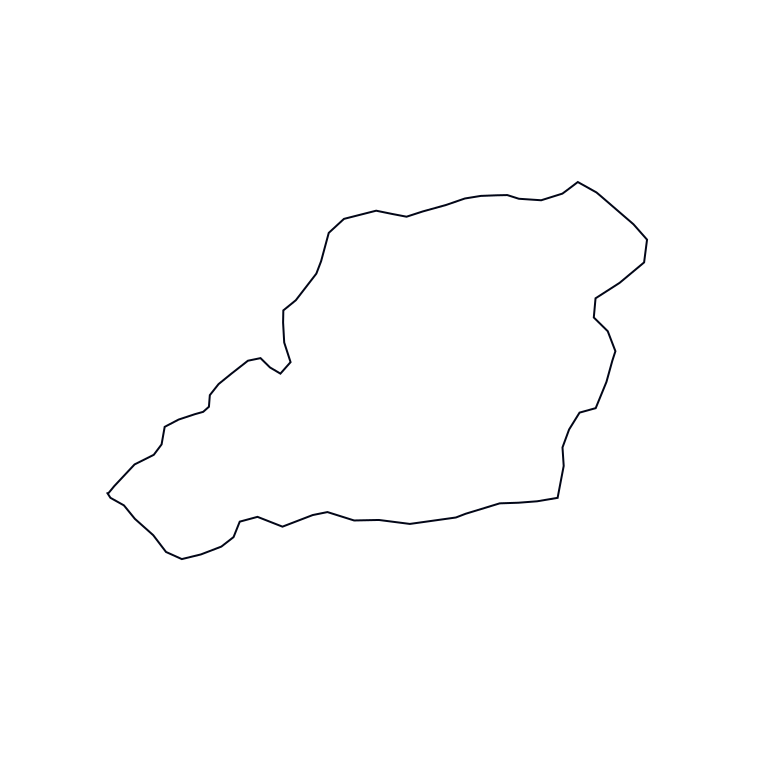 the district of Mouttagiaka, Limassol, Cyprus, rotated 69°
{"feature_id": "46923920B33909276887378", "entity_name": "Mouttagiaka", "entity_type": "district", "adm_level": 2, "iso_a3": "CYP", "parent_name": "Cyprus", "parent_adm1": "Limassol", "projection": "equal_earth", "projection_center": [33.106, 34.719], "detail": "fine", "context": "isolated", "style": "outline", "palette": "ink", "viewbox_px": 768, "rotation_deg": 69, "n_neighbors": 0, "source": "geoboundaries", "source_scale": "gbopen_adm2", "svg_char_len": 1194}
<svg xmlns="http://www.w3.org/2000/svg" viewBox="0 0 768 768"><g transform="rotate(69 384 384)"><path d="M386.9,681.3L392.2,680.2L404.1,670.3L420.6,664.9L442.5,653.6L462.7,647.7L463.8,646.6L475.0,635.5L477.5,616.0L477.5,594.1L473.0,579.3L460.8,568.0L462.7,549.7L480.8,529.9L480.8,497.5L483.3,482.7L500.7,460.8L509.1,437.5L523.9,410.0L534.4,364.7L534.4,364.3L534.4,354.3L536.9,318.7L543.0,301.1L548.4,283.0L552.5,262.7L552.3,262.6L524.9,245.6L507.2,240.1L492.8,227.5L480.8,211.7L482.4,195.0L461.8,175.6L444.1,162.5L436.3,156.2L432.3,156.2L414.9,156.2L397.1,164.3L379.8,155.8L374.0,127.8L363.7,97.6L343.5,86.7L324.2,93.9L286.2,114.3L281.3,117.0L264.9,130.7L268.9,144.5L270.2,149.2L268.8,171.4L259.4,191.7L251.8,201.2L248.1,211.5L243.1,226.2L239.8,242.0L239.1,261.9L236.8,286.0L235.9,303.0L228.2,315.4L219.4,329.2L215.5,362.2L223.1,381.4L246.8,398.7L256.7,407.6L274.2,436.3L279.2,451.6L290.5,456.2L309.5,462.3L330.1,463.4L337.2,477.0L327.7,484.5L315.6,490.0L313.5,502.7L319.8,523.2L324.8,538.5L332.0,550.6L342.5,555.6L345.2,562.8L344.4,571.4L343.6,588.5L345.4,604.1L360.7,613.3L367.6,624.3L369.7,645.7L382.7,672.5L386.9,679.9L386.9,681.3Z" fill="none" stroke="#020617" stroke-width="2"/></g></svg>